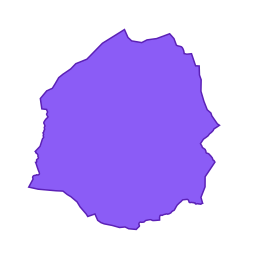 outline of Erdenecogt, Bayanhongor, Mongolia, rotated 279°
{"feature_id": "93677404B84319182599857", "entity_name": "Erdenecogt", "entity_type": "district", "adm_level": 2, "iso_a3": "MNG", "parent_name": "Mongolia", "parent_adm1": "Bayanhongor", "projection": "orthographic", "projection_center": [100.913, 46.548], "detail": "fine", "context": "isolated", "style": "filled", "palette": "violet", "viewbox_px": 256, "rotation_deg": 279, "n_neighbors": 0, "source": "geoboundaries", "source_scale": "gbopen_adm2", "svg_char_len": 3539}
<svg xmlns="http://www.w3.org/2000/svg" viewBox="0 0 256 256"><g transform="rotate(279 128 128)"><path d="M183.4,66.4L177.1,62.0L177.1,61.9L170.9,55.3L166.9,51.7L159.7,48.9L155.4,47.1L152.0,41.9L143.4,36.8L133.4,39.9L133.6,44.7L132.7,45.1L132.1,45.5L131.7,45.8L131.3,46.0L130.7,46.0L130.5,45.9L130.1,45.8L129.0,45.4L128.9,45.4L128.1,45.9L127.8,46.1L127.4,46.4L126.6,47.2L126.3,47.2L126.2,47.2L125.6,46.8L125.4,46.6L124.9,46.3L123.9,45.5L123.1,45.1L122.5,44.8L120.8,44.1L119.9,44.0L119.6,44.1L119.3,44.3L119.2,44.4L118.8,44.7L118.0,45.1L117.5,45.5L117.1,45.6L116.8,45.6L116.4,45.6L115.9,45.3L115.5,45.2L115.0,45.3L114.3,45.7L113.9,45.8L113.6,45.7L113.3,45.9L112.8,45.7L112.2,45.4L111.5,45.5L111.0,45.3L110.7,45.3L110.3,45.0L110.0,44.8L109.6,45.0L109.0,45.3L108.7,45.6L108.2,45.6L107.7,45.5L107.3,45.4L107.0,45.5L106.4,45.7L106.0,46.0L105.5,46.1L105.3,46.1L104.7,45.6L103.8,45.2L96.1,44.0L90.3,40.0L89.6,40.9L89.3,40.8L89.0,41.0L88.6,41.7L88.3,42.4L87.9,42.8L87.4,43.1L87.0,43.3L86.6,43.4L86.2,43.5L85.7,43.5L85.3,43.8L84.9,44.1L84.4,44.2L83.9,44.0L83.6,43.9L83.3,43.5L82.7,43.0L82.3,42.7L82.0,42.7L81.2,42.9L80.3,43.1L79.9,42.9L79.7,42.4L79.6,42.1L79.3,42.3L78.3,42.9L76.7,43.7L75.3,44.4L71.8,46.3L70.2,47.3L69.2,47.6L68.8,47.7L68.4,47.6L68.0,47.2L67.7,46.8L67.5,46.2L67.5,45.6L67.5,45.1L67.4,44.8L67.2,44.6L66.9,44.4L66.8,44.1L66.7,43.7L66.5,43.0L66.2,42.4L65.8,42.0L65.3,41.7L64.9,41.6L64.4,41.5L62.7,42.2L54.1,39.2L53.5,48.8L54.7,66.1L55.5,73.6L52.8,78.4L51.2,82.4L47.0,89.3L42.5,93.1L36.5,100.2L34.3,102.1L37.9,108.8L32.1,112.5L30.3,116.1L29.6,119.5L29.3,127.6L28.4,135.2L29.8,140.6L28.6,144.5L29.1,152.0L31.0,153.3L32.4,154.4L33.0,154.6L33.8,154.4L34.5,153.8L35.3,153.7L35.9,153.9L36.6,154.3L37.0,154.9L37.0,156.3L37.5,158.1L37.9,158.8L38.7,159.3L39.4,159.9L39.9,161.2L40.7,163.4L41.0,164.6L40.9,165.5L40.6,166.2L40.5,167.1L40.9,169.1L42.0,173.6L43.0,173.5L44.2,173.2L45.4,173.2L46.3,173.3L46.9,173.6L47.1,174.5L47.0,175.2L47.2,175.7L47.8,176.4L48.1,176.9L48.7,178.4L49.2,179.6L49.1,180.7L49.7,182.0L50.8,183.5L52.4,184.5L53.2,185.3L53.5,185.9L53.8,186.3L54.5,186.7L55.8,187.2L57.5,187.8L59.5,188.6L62.2,190.6L63.4,191.7L65.6,193.2L66.8,197.6L66.6,198.4L65.9,199.2L65.1,199.6L64.4,199.9L64.1,200.4L64.0,200.9L64.5,202.5L64.4,203.5L64.6,204.1L64.3,205.0L64.6,205.7L63.8,206.3L63.5,206.9L64.1,208.5L64.2,209.2L64.0,210.0L64.2,210.8L64.1,211.6L64.3,212.1L64.6,212.4L65.1,212.8L65.3,213.5L70.9,210.9L81.9,213.3L91.9,211.8L107.9,219.2L108.7,218.5L109.1,218.2L109.4,217.9L109.6,217.3L109.8,216.9L110.1,216.7L111.2,216.2L111.8,215.8L112.7,214.8L113.3,214.2L113.8,213.5L114.1,213.1L114.6,212.6L115.1,211.8L115.3,211.1L115.5,210.7L115.4,209.9L115.6,209.3L115.9,209.0L116.6,208.7L117.2,208.6L117.8,208.2L118.8,207.6L119.2,207.0L119.4,206.5L119.7,206.0L120.1,205.1L120.3,204.7L120.7,204.3L121.6,203.9L123.9,202.0L128.8,204.3L130.9,206.5L131.6,207.1L132.2,207.8L132.7,208.2L133.6,208.7L134.5,209.2L135.1,209.5L136.0,210.4L136.9,211.2L137.8,211.8L138.8,212.5L139.8,212.8L140.3,213.0L140.7,213.2L141.0,213.6L141.3,214.0L141.8,214.3L142.0,214.6L142.2,215.0L145.0,217.9L146.1,215.6L153.1,208.9L155.8,207.5L158.4,203.4L166.2,198.8L175.7,194.3L187.1,192.7L191.5,190.3L200.4,188.6L200.0,185.0L211.3,179.1L210.1,174.5L210.3,171.8L210.9,171.7L211.5,171.5L212.2,171.2L213.3,170.8L214.1,170.3L214.8,169.9L216.0,168.9L216.6,167.9L216.8,166.4L216.9,164.7L217.3,162.9L223.5,159.4L227.6,154.4L220.8,142.3L218.0,133.0L214.5,128.2L214.6,118.0L217.4,113.8L224.7,109.1L207.7,89.5L189.5,76.6L183.4,66.4Z" fill="#8b5cf6" stroke="#5b21b6" stroke-width="1.5"/></g></svg>